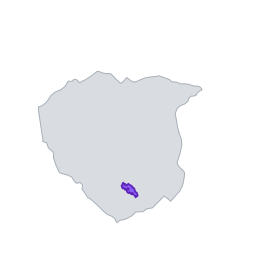 location of Bindura, Mashonaland Central, Zimbabwe, rotated 132°
{"feature_id": "62879985B50430993830170", "entity_name": "Bindura", "entity_type": "district", "adm_level": 2, "iso_a3": "ZWE", "parent_name": "Zimbabwe", "parent_adm1": "Mashonaland Central", "projection": "natural_earth1", "projection_center": [31.316, -17.234], "detail": "fine", "context": "in_parent", "style": "filled", "palette": "violet", "viewbox_px": 256, "rotation_deg": 132, "n_neighbors": 0, "source": "geoboundaries", "source_scale": "gbopen_adm2", "svg_char_len": 4272}
<svg xmlns="http://www.w3.org/2000/svg" viewBox="0 0 256 256"><g transform="rotate(132 128 128)"><path d="M172.0,208.7L170.2,207.3L167.7,206.5L164.6,206.0L160.5,206.2L155.4,207.0L150.0,206.1L144.2,203.5L139.4,202.6L133.7,203.7L133.4,203.7L132.4,202.9L130.9,201.0L128.2,200.7L127.5,200.2L126.9,199.5L126.6,198.6L126.4,197.7L126.8,194.6L126.6,194.2L125.9,193.9L124.4,193.5L121.0,192.1L116.7,190.8L109.6,189.3L106.9,188.9L106.2,188.4L105.4,187.3L104.1,183.8L102.8,181.4L99.7,177.8L99.2,176.7L99.4,173.9L99.6,171.6L99.9,169.6L99.7,167.8L99.7,165.5L99.8,164.0L99.3,163.3L98.2,162.8L95.1,162.6L91.3,162.7L91.2,160.4L90.8,156.8L90.1,154.8L89.2,153.7L87.4,152.6L83.9,151.1L79.1,148.7L74.9,145.3L70.2,141.0L68.7,140.3L66.9,136.2L64.2,129.4L64.4,127.1L64.0,125.9L61.4,122.6L60.8,120.8L60.3,119.0L56.2,114.1L54.8,111.9L53.7,109.1L52.6,106.9L51.7,106.0L50.5,104.5L49.7,102.8L49.3,101.5L49.6,99.8L50.0,98.6L53.9,99.8L56.0,99.9L57.7,99.3L59.8,100.1L62.2,102.4L64.9,102.8L67.8,101.4L71.8,101.8L76.7,104.1L80.8,104.5L85.7,102.5L90.0,97.0L94.1,91.9L98.0,85.9L100.5,81.1L104.0,77.2L108.7,74.2L113.5,71.6L120.8,68.5L122.2,65.9L122.7,63.1L122.7,59.2L123.1,56.7L123.8,55.5L125.0,54.6L126.6,53.5L131.4,50.5L135.5,48.6L140.4,47.3L145.8,47.3L151.0,47.3L153.9,47.3L154.0,51.1L154.2,55.3L154.8,55.7L158.7,55.8L164.9,56.1L171.0,56.4L174.8,59.4L176.1,60.1L180.1,60.9L185.3,66.0L191.4,66.5L195.7,68.1L199.4,69.9L201.5,72.0L202.9,72.5L204.8,72.6L205.7,72.8L205.5,74.3L204.2,76.9L204.4,80.6L206.1,85.7L206.3,90.1L205.8,97.9L205.8,105.5L206.0,108.2L206.2,110.0L206.6,111.0L206.5,112.1L205.5,115.3L204.7,118.6L204.6,120.0L204.3,120.9L203.7,121.8L201.0,123.3L200.6,124.3L200.6,126.0L200.9,127.5L201.9,128.0L203.1,128.8L203.6,129.9L203.6,131.0L203.2,133.2L202.1,136.7L203.2,140.7L204.4,143.4L206.0,146.4L206.7,148.3L206.7,149.6L206.4,150.9L203.9,156.5L202.1,159.9L199.9,163.6L197.0,165.9L196.3,167.1L196.0,168.3L196.1,171.1L196.0,174.0L193.5,178.4L195.0,182.3L194.7,182.6L193.8,183.2L190.3,187.5L186.7,191.9L184.1,195.1L181.1,198.7L177.7,202.8L174.9,206.2L172.0,208.7Z" fill="#d9dde1" stroke="#a8b0b8" stroke-width="1"/><path d="M174.4,75.9L174.0,75.8L173.5,76.9L173.3,76.3L173.7,75.8L172.2,75.5L171.8,75.5L171.7,75.8L171.5,75.7L171.4,75.8L171.4,76.0L171.3,76.3L171.3,76.5L171.2,76.6L171.0,76.8L171.0,77.0L170.9,77.1L170.8,77.3L170.7,77.3L170.6,77.5L170.3,77.8L170.2,77.9L170.2,78.0L170.3,78.0L170.3,78.3L170.3,78.5L170.3,78.8L170.3,79.0L170.3,79.3L170.5,79.3L170.6,79.5L170.6,79.8L170.6,80.0L170.4,80.2L170.4,80.3L170.2,80.4L170.0,80.6L169.9,80.7L169.9,80.8L169.8,81.0L169.8,81.3L169.7,81.3L169.6,81.5L169.0,82.1L168.9,83.2L168.6,83.8L168.6,84.0L168.8,84.1L168.9,85.2L169.1,85.1L169.0,85.5L169.0,86.1L168.9,87.3L168.7,87.3L168.6,87.2L168.6,87.3L168.7,87.7L169.0,88.4L169.2,88.7L169.2,89.2L169.2,89.3L169.2,89.5L169.1,89.8L169.1,90.0L169.0,90.3L169.3,90.4L169.7,90.5L169.8,90.6L170.0,90.7L170.2,90.8L170.4,90.8L170.8,91.0L171.0,90.9L171.1,91.0L171.2,90.9L171.2,91.0L171.3,91.0L171.5,91.0L171.8,91.1L172.0,91.2L172.1,91.3L172.3,91.3L172.4,91.7L172.3,91.8L172.3,92.0L172.2,92.1L172.2,92.3L172.1,92.5L172.1,92.8L172.0,93.0L172.0,93.3L171.9,93.3L172.0,93.4L171.9,93.5L171.8,93.8L171.9,94.0L171.9,94.3L172.0,94.4L172.0,94.5L171.9,94.6L172.0,94.7L171.9,94.8L171.9,95.0L172.1,95.0L172.5,95.0L173.0,94.2L173.8,94.7L174.7,93.9L175.5,93.1L175.7,93.6L175.8,93.4L175.8,93.2L175.9,92.9L176.0,92.8L176.0,92.7L176.2,92.4L176.3,92.3L176.4,92.1L176.5,92.0L176.5,91.9L176.4,91.9L176.5,91.7L176.3,91.6L175.9,91.7L175.5,91.8L175.5,91.5L175.7,91.0L175.8,90.5L175.5,90.3L175.6,90.0L175.8,89.8L175.7,89.5L175.9,89.4L175.9,89.2L175.5,89.3L175.4,88.8L175.8,88.6L175.7,88.2L175.7,88.3L175.5,88.2L175.4,88.2L175.2,88.2L174.9,88.1L174.9,88.3L174.9,88.5L174.8,88.8L174.7,88.8L175.0,87.5L175.5,87.4L175.7,86.4L175.7,86.2L175.8,86.2L176.0,86.2L176.2,85.8L176.2,85.7L176.2,84.5L175.8,84.5L175.8,83.9L174.8,83.9L175.1,82.9L174.5,82.6L175.0,81.9L174.9,81.8L174.9,81.7L174.7,81.6L174.5,81.4L174.4,81.4L174.5,81.3L174.4,81.3L174.4,81.2L174.3,81.3L174.3,81.2L174.2,81.2L173.9,81.2L173.7,81.2L173.4,81.0L173.3,80.9L173.2,80.8L173.2,80.7L173.3,80.5L173.9,79.8L173.7,79.2L174.4,75.9ZM172.7,87.6L172.7,86.5L173.2,86.3L173.2,87.1L173.6,87.2L173.7,87.7L173.5,87.8L173.3,87.3L172.7,87.6Z" fill="#8b5cf6" stroke="#5b21b6" stroke-width="1.5"/></g></svg>